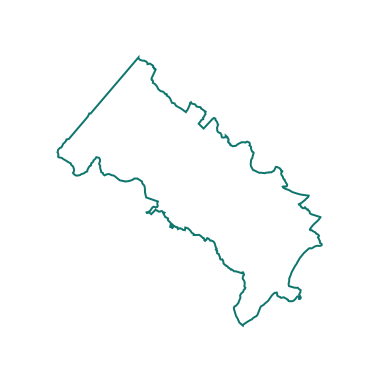 outline of Apozol, Zacatecas, Mexico, rotated 21°
{"feature_id": "50627088B1865759391292", "entity_name": "Apozol", "entity_type": "district", "adm_level": 2, "iso_a3": "MEX", "parent_name": "Mexico", "parent_adm1": "Zacatecas", "projection": "orthographic", "projection_center": [-103.054, 21.462], "detail": "fine", "context": "isolated", "style": "outline", "palette": "teal", "viewbox_px": 384, "rotation_deg": 21, "n_neighbors": 0, "source": "geoboundaries", "source_scale": "gbopen_adm2", "svg_char_len": 6084}
<svg xmlns="http://www.w3.org/2000/svg" viewBox="0 0 384 384"><g transform="rotate(21 192 192)"><path d="M51.9,200.6L52.3,203.3L52.9,203.6L54.0,205.3L54.3,206.9L55.0,207.4L57.7,206.9L59.0,207.0L60.2,207.5L61.2,207.5L66.0,208.5L68.5,208.7L69.4,209.9L71.5,210.6L72.1,211.1L73.9,213.3L74.4,215.4L74.0,216.7L74.5,217.2L76.5,218.0L77.9,218.2L79.8,217.4L81.4,216.3L82.3,215.0L84.5,213.2L85.7,211.3L86.8,210.4L86.5,209.1L86.7,206.4L87.2,204.3L87.9,203.9L88.2,203.1L87.8,202.3L87.7,201.4L88.9,199.1L88.7,197.9L89.9,195.6L90.2,193.8L92.9,193.4L94.4,194.6L95.1,196.4L95.1,198.6L95.4,199.3L96.9,200.4L97.5,202.2L98.4,203.6L99.1,204.2L100.0,205.9L102.1,206.3L102.9,207.3L104.4,207.8L106.4,205.8L108.3,204.9L111.0,205.1L112.9,204.7L114.0,204.9L120.5,207.0L124.5,206.2L125.7,206.3L126.1,205.9L128.1,205.1L131.4,202.7L132.1,201.7L132.8,201.2L133.3,200.1L136.1,199.0L141.5,200.1L142.6,201.8L145.3,203.2L146.6,205.3L148.5,209.6L151.2,213.5L163.6,213.1L163.5,214.5L164.0,215.8L165.0,217.2L164.9,218.4L163.7,219.3L162.2,219.3L161.1,219.8L160.6,220.7L159.6,224.7L158.3,226.4L156.9,227.3L157.3,227.7L158.1,227.5L159.1,226.3L161.9,227.3L164.4,221.5L165.3,222.0L166.5,221.8L167.7,222.3L169.0,221.8L170.4,220.7L170.9,220.6L172.0,221.2L173.8,221.2L173.6,222.1L173.1,222.3L176.2,225.1L176.6,224.9L179.2,225.3L179.4,226.8L183.9,228.9L185.6,229.4L185.9,230.2L184.5,230.8L183.8,230.3L184.1,232.4L186.6,232.6L187.4,230.1L189.6,230.5L190.4,230.2L190.8,230.6L191.5,230.4L192.2,231.6L193.6,230.2L195.7,230.1L197.3,230.6L199.0,230.2L198.5,227.5L201.4,227.4L204.2,228.6L206.5,230.2L208.6,230.5L209.0,231.6L213.9,229.5L215.7,229.8L219.3,231.2L219.5,230.9L220.8,231.8L220.9,232.7L221.5,233.0L221.9,232.8L222.6,231.2L222.7,229.7L223.0,229.5L224.7,229.8L226.5,230.9L227.2,230.4L229.7,230.5L231.5,231.7L234.2,235.3L235.2,235.9L234.9,237.2L236.2,237.5L236.2,238.1L236.6,238.1L236.9,238.6L237.3,240.1L238.0,240.3L239.4,240.4L240.1,241.5L241.0,242.3L242.4,244.5L242.8,244.7L244.2,244.5L244.5,244.1L245.9,245.3L247.0,247.3L247.5,247.7L248.9,248.1L249.6,248.6L250.4,248.4L251.0,248.8L251.8,248.7L253.1,249.7L253.8,249.5L256.0,250.5L256.4,250.1L257.0,250.4L257.3,250.2L259.8,250.9L261.7,250.3L267.9,249.9L267.9,248.9L268.5,248.7L268.9,249.0L269.4,249.9L270.0,250.2L270.2,250.8L269.8,252.3L270.1,254.1L271.1,255.3L272.1,255.9L273.4,257.2L274.1,258.9L274.7,261.2L274.9,261.6L276.1,262.2L276.2,262.9L276.1,263.6L275.4,264.6L275.5,266.9L274.5,268.6L274.0,270.7L274.1,271.7L274.9,272.9L275.1,273.6L275.0,279.3L273.8,282.5L272.7,283.7L272.5,284.4L272.8,285.8L277.5,291.9L279.8,293.7L283.0,296.9L287.4,298.5L287.3,297.5L287.9,296.8L288.8,295.3L291.8,291.3L293.6,289.4L294.0,288.1L295.9,285.5L296.5,285.0L297.1,283.5L297.2,275.0L297.5,274.0L299.5,271.4L299.7,270.6L302.1,266.3L303.7,259.7L305.2,256.6L306.3,256.2L307.1,255.5L307.9,256.2L308.4,257.7L309.1,258.3L310.3,258.5L312.1,258.5L312.5,258.9L313.0,258.9L315.5,257.4L320.1,258.2L320.1,258.5L321.4,259.2L321.9,259.1L324.7,258.0L325.9,257.0L326.7,255.3L327.8,251.8L328.2,251.5L329.5,251.6L330.3,253.5L330.9,253.4L331.5,252.0L330.9,251.0L328.8,249.3L329.0,246.4L328.6,244.7L326.4,244.2L325.2,243.5L322.1,244.6L316.3,245.1L315.6,244.2L315.0,242.6L314.7,240.5L313.8,238.0L313.9,234.1L313.8,231.2L314.7,224.4L315.5,221.1L315.5,220.2L316.3,215.1L318.3,209.0L320.5,204.5L321.7,202.4L323.9,201.8L326.3,198.7L328.0,197.4L330.6,196.5L331.9,195.6L332.1,195.1L331.8,194.3L331.2,193.9L329.6,193.5L328.8,191.7L328.1,191.3L326.9,189.9L325.9,189.4L325.9,188.6L326.3,187.6L325.9,187.0L325.0,186.6L322.4,186.2L322.1,185.7L321.1,185.4L318.5,185.2L317.7,184.8L316.8,184.8L316.4,185.2L315.8,185.1L315.4,184.7L316.1,181.7L317.3,178.5L319.8,173.5L321.0,169.8L320.9,169.4L311.3,170.0L309.5,169.5L308.8,168.1L307.3,167.4L306.9,167.5L306.4,166.8L305.7,167.2L304.9,166.6L304.2,166.6L302.9,165.8L302.4,167.1L300.8,167.4L299.8,166.8L298.9,166.7L297.8,165.3L296.4,165.5L296.1,165.2L298.1,162.9L300.5,158.8L300.6,158.2L302.3,155.0L302.2,153.6L294.6,155.4L289.7,155.9L285.6,156.1L281.7,155.4L278.1,155.6L275.6,155.2L274.8,154.6L275.2,154.1L278.1,153.0L278.3,152.7L278.5,152.1L278.1,150.9L275.4,148.9L274.1,147.4L273.8,147.6L272.1,146.4L271.2,145.1L269.6,144.1L268.6,142.9L268.5,142.3L268.9,140.4L268.8,140.1L267.6,140.3L267.0,139.2L266.3,139.1L265.7,138.5L264.4,138.3L262.0,138.2L261.3,138.5L260.9,142.8L258.9,145.2L257.6,145.9L257.1,145.8L256.4,146.4L253.8,147.7L253.2,148.4L249.7,149.2L247.9,150.0L242.2,149.5L241.3,149.7L237.7,146.7L236.8,144.9L235.7,140.9L236.1,138.8L235.6,134.9L235.7,134.0L235.4,133.1L234.8,132.8L233.8,132.8L232.1,131.1L231.4,130.1L231.1,129.0L230.5,128.4L229.0,128.0L229.1,127.2L228.8,126.4L227.8,125.3L225.6,125.2L224.9,125.7L224.4,126.6L222.7,126.9L220.5,127.8L217.7,130.8L216.3,133.3L215.4,133.6L214.4,134.3L213.3,134.7L212.0,134.3L211.3,134.6L211.0,134.5L210.5,133.5L209.9,133.5L209.4,132.9L208.5,132.9L208.1,132.6L207.4,131.7L207.8,131.2L207.2,129.6L206.0,129.0L205.7,128.2L203.3,127.3L203.9,128.7L201.3,130.2L200.3,130.2L199.6,129.4L199.2,128.3L197.6,126.9L195.0,126.8L193.8,126.0L192.4,123.2L192.2,119.7L191.8,119.7L190.4,117.7L188.1,116.3L187.5,115.1L185.9,115.0L184.8,116.9L180.1,128.6L173.8,125.9L175.1,121.1L176.4,120.0L175.7,118.6L176.1,118.0L176.4,115.4L176.7,114.5L176.0,113.2L176.0,112.1L175.4,112.0L175.0,112.3L174.4,111.7L170.3,110.7L170.0,110.0L169.4,109.8L166.0,110.6L165.6,110.5L163.5,109.1L160.3,109.5L159.9,109.4L158.9,108.6L158.3,109.7L158.7,110.0L158.4,116.9L157.9,118.1L157.7,119.6L151.8,118.0L146.4,117.3L143.8,115.5L141.3,115.9L138.0,112.5L136.2,111.5L134.1,111.1L133.4,109.8L133.0,109.7L132.5,110.2L132.0,110.2L130.6,109.3L129.0,108.7L127.2,109.0L126.0,108.9L123.6,108.0L121.6,106.1L119.7,104.9L118.3,104.4L116.3,104.1L115.8,102.4L114.7,101.6L114.3,101.8L114.0,101.5L113.5,100.4L114.2,90.7L113.5,90.2L113.0,90.5L112.3,90.4L111.8,89.4L111.0,89.4L110.4,88.0L106.6,87.2L104.9,88.6L104.6,88.6L104.3,87.7L102.8,86.7L100.5,86.5L98.2,87.2L96.2,87.3L94.2,86.5L93.8,85.5L69.2,155.1L68.0,155.4L67.7,159.1L58.0,186.6L55.9,188.0L56.2,188.7L55.5,191.2L54.5,193.1L54.3,196.1L53.8,197.6L53.2,197.8L52.7,198.4L51.9,200.6Z" fill="none" stroke="#0f766e" stroke-width="2"/></g></svg>